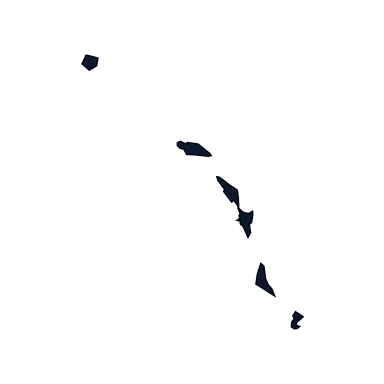 Wadi Al-NatrUn, Al Buhayrah, Egypt, rotated 19°
{"feature_id": "37247803B8184364272320", "entity_name": "Wadi Al-NatrUn", "entity_type": "district", "adm_level": 2, "iso_a3": "EGY", "parent_name": "Egypt", "parent_adm1": "Al Buhayrah", "projection": "mercator", "projection_center": [30.373, 30.389], "detail": "fine", "context": "isolated", "style": "filled", "palette": "ink", "viewbox_px": 384, "rotation_deg": 19, "n_neighbors": 0, "source": "geoboundaries", "source_scale": "gbopen_adm2", "svg_char_len": 1087}
<svg xmlns="http://www.w3.org/2000/svg" viewBox="0 0 384 384"><g transform="rotate(19 192 192)"><path d="M182.1,144.7L171.2,146.8L171.2,148.6L164.4,147.9L162.2,150.3L163.1,152.9L166.6,154.5L170.5,154.2L174.6,158.2L183.4,155.7L196.0,152.8L198.2,151.3L196.0,149.7L182.1,144.7ZM237.8,182.7L234.4,175.8L233.0,175.1L225.3,173.2L213.3,169.1L210.5,169.5L212.5,172.4L222.1,179.0L221.7,181.2L232.8,188.6L234.3,186.1L241.1,191.2L237.8,182.7ZM299.1,257.7L294.2,254.8L289.7,250.1L284.2,238.8L280.3,237.1L280.6,248.6L282.4,258.2L303.9,263.3L299.1,257.7ZM256.9,193.6L255.5,190.5L252.8,193.8L250.5,194.2L248.7,194.5L246.2,194.3L240.2,191.6L244.6,196.8L244.2,199.0L245.7,201.4L243.8,204.1L247.2,203.8L248.0,206.3L249.2,207.1L251.1,207.5L259.7,216.6L260.6,211.4L256.7,203.9L258.2,201.6L256.9,193.6ZM60.7,103.7L59.4,96.0L48.7,96.8L47.1,97.5L47.1,99.3L46.3,106.6L55.2,110.2L60.7,103.7ZM333.4,281.3L337.7,273.8L328.8,271.5L327.7,276.3L330.1,278.5L328.6,282.4L330.0,287.3L331.9,287.7L333.5,288.0L336.0,286.6L337.5,284.1L333.8,284.1L333.4,281.3Z" fill="#0f172a" stroke="#020617" stroke-width="1.5"/></g></svg>